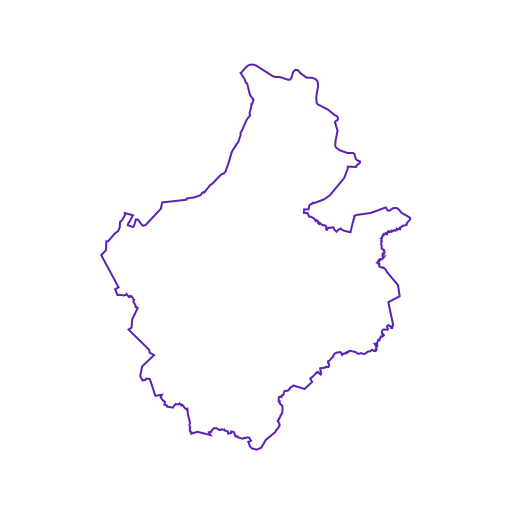 Līgatnes pag., Ligatnes, Latvia, rotated 65°
{"feature_id": "27541924B81159973415171", "entity_name": "Līgatnes pag.", "entity_type": "district", "adm_level": 2, "iso_a3": "LVA", "parent_name": "Latvia", "parent_adm1": "Ligatnes", "projection": "mercator", "projection_center": [25.09, 57.19], "detail": "fine", "context": "isolated", "style": "outline", "palette": "violet", "viewbox_px": 512, "rotation_deg": 65, "n_neighbors": 0, "source": "geoboundaries", "source_scale": "gbopen_adm2", "svg_char_len": 6154}
<svg xmlns="http://www.w3.org/2000/svg" viewBox="0 0 512 512"><g transform="rotate(65 256 256)"><path d="M397.1,268.1L393.8,258.4L390.2,258.7L389.8,258.3L389.3,255.6L387.0,249.6L387.8,249.2L387.6,248.8L390.8,247.5L390.1,246.6L384.9,245.4L385.0,244.5L385.9,242.7L385.8,242.0L386.3,240.9L386.0,240.1L386.0,239.1L386.8,238.7L387.2,237.3L386.4,236.8L386.2,236.1L384.3,235.5L383.1,235.9L381.9,235.1L381.8,233.5L380.1,229.9L380.0,228.7L378.9,228.0L377.6,225.7L377.8,224.4L377.6,224.0L378.6,220.3L379.5,219.8L381.3,219.9L381.4,219.2L381.9,219.3L381.4,218.1L382.0,216.7L381.6,216.1L382.3,215.4L382.0,214.8L382.2,214.1L381.5,213.8L382.0,212.9L381.5,211.9L381.8,210.6L385.3,206.2L387.6,205.0L388.2,203.9L388.4,201.9L390.5,199.5L390.7,198.4L389.9,194.8L390.7,192.6L390.0,191.0L390.2,190.3L391.7,189.4L391.9,188.6L392.5,188.4L392.5,187.2L391.7,187.0L391.9,186.8L391.6,186.2L389.3,185.6L389.4,185.2L388.9,184.2L388.4,183.8L388.1,184.1L388.2,184.9L387.2,185.5L386.8,185.5L387.0,184.8L386.8,184.3L385.9,184.9L386.1,184.1L386.6,183.5L383.6,180.6L384.5,179.8L383.5,179.2L383.4,178.6L381.8,177.1L382.4,176.4L382.0,173.7L381.5,173.6L381.1,174.7L380.3,173.9L379.7,174.5L378.1,174.1L377.0,173.1L376.5,171.6L378.3,168.0L377.9,167.3L375.1,167.0L374.6,165.2L377.0,163.7L378.4,163.9L378.9,163.1L378.8,162.7L376.8,161.7L376.7,160.9L353.8,155.6L353.2,142.8L342.4,139.6L326.2,144.0L322.6,144.4L320.4,145.4L320.1,146.4L319.5,146.5L319.3,147.4L317.2,148.7L316.1,147.9L313.9,148.9L314.3,147.8L312.8,148.1L312.6,147.7L313.0,147.1L312.5,146.5L312.6,146.0L312.3,145.7L311.6,146.6L311.3,146.4L311.5,145.6L311.3,144.8L312.1,144.0L312.0,142.3L311.4,141.9L311.5,141.1L311.1,141.0L310.6,139.9L310.3,140.8L310.6,141.6L309.6,141.5L307.2,140.0L307.4,139.6L308.2,139.9L308.2,138.9L306.1,137.6L305.0,137.9L304.5,137.5L302.8,138.8L301.9,138.9L300.3,137.9L298.1,137.7L296.3,136.1L295.4,136.4L295.1,135.6L294.2,135.5L293.4,134.6L292.8,135.1L291.9,133.3L290.9,132.5L291.3,131.8L290.2,131.1L290.5,130.9L290.2,130.5L290.1,129.4L291.2,129.0L291.7,128.2L290.3,128.0L290.3,127.3L289.6,126.3L289.9,125.4L290.8,125.3L290.7,124.7L290.0,124.5L291.2,123.2L290.5,122.3L291.2,122.0L291.0,121.4L291.4,120.1L291.1,119.8L291.6,119.4L292.2,117.6L291.2,117.1L291.5,117.0L291.5,115.1L292.3,114.9L292.7,114.1L291.1,113.3L291.0,111.7L290.5,110.2L291.3,108.5L291.1,107.2L291.4,106.3L289.9,105.3L288.3,101.5L287.8,100.6L287.0,100.3L285.8,100.6L278.0,106.1L274.8,106.7L272.6,107.7L271.5,108.9L270.6,111.5L271.3,115.1L271.2,115.9L270.6,117.2L270.0,117.6L266.8,117.9L265.5,133.8L261.2,147.9L261.4,150.3L263.4,150.9L264.3,152.5L266.0,153.3L266.6,154.2L274.4,160.3L270.6,165.2L267.7,167.6L266.9,167.6L267.0,170.0L268.0,172.8L264.4,174.0L263.5,173.6L262.4,174.1L262.0,175.8L262.1,176.9L261.4,177.3L261.1,178.3L261.4,179.4L262.3,180.6L262.2,181.0L260.6,180.9L260.2,180.1L258.0,180.0L256.7,181.5L256.2,182.7L253.4,184.0L253.8,185.2L252.6,185.8L251.6,184.9L249.2,185.9L249.7,187.0L246.8,187.4L243.6,189.6L242.9,191.2L239.0,191.0L237.2,194.4L234.1,192.7L236.0,188.7L233.0,186.6L232.1,184.9L232.5,183.5L232.0,182.9L232.1,182.1L231.8,181.6L232.7,180.5L233.4,170.5L232.3,163.6L222.6,143.1L215.8,136.1L213.8,135.0L217.6,127.6L216.6,126.6L215.9,124.6L215.7,122.8L214.4,121.7L212.3,123.7L210.5,124.5L205.1,123.7L203.7,124.5L201.4,129.4L195.8,135.3L191.4,137.7L189.5,137.6L185.1,135.1L176.8,129.1L168.0,127.9L167.4,126.6L167.3,124.8L166.5,123.8L164.8,123.3L163.4,123.6L161.5,125.2L153.6,129.0L144.6,136.0L142.6,136.3L138.1,134.5L134.6,132.4L128.9,128.3L126.1,127.0L123.3,126.5L121.1,127.1L118.1,130.0L116.1,134.2L114.9,135.3L109.2,138.4L105.4,139.4L103.9,141.7L105.1,144.7L109.4,148.5L110.5,150.5L110.0,152.2L103.8,158.9L102.0,162.7L100.4,164.6L83.5,175.4L81.8,176.9L80.1,180.5L80.0,182.7L80.3,183.9L81.3,186.8L83.6,191.9L83.6,192.5L91.0,191.6L94.7,191.9L96.1,191.1L105.6,193.1L108.5,193.3L113.3,192.2L117.2,196.0L116.9,196.3L117.7,196.5L124.0,201.6L125.9,201.8L128.7,207.0L136.0,215.3L137.8,218.0L139.7,218.7L145.3,224.0L147.0,227.6L147.5,227.7L149.7,231.5L151.7,234.2L160.4,241.8L166.7,248.1L167.7,250.7L167.4,252.8L168.1,255.1L172.0,264.9L172.3,267.5L176.7,276.3L175.9,276.6L176.0,278.0L177.5,280.4L176.7,287.5L174.6,294.4L175.6,295.2L167.8,318.5L173.0,322.3L181.3,343.0L180.6,346.0L173.0,347.7L172.1,349.3L177.8,354.5L177.6,355.4L173.9,359.2L172.1,357.6L171.7,356.4L167.1,350.3L161.6,356.7L163.5,357.5L167.1,362.5L167.7,364.9L172.3,367.3L175.0,370.2L176.2,375.1L180.2,383.7L179.4,385.4L187.4,389.6L189.8,395.9L226.3,393.8L226.6,397.7L232.8,398.1L233.7,395.8L236.1,392.1L236.3,389.8L235.9,389.4L239.5,388.5L239.8,388.0L239.6,387.4L239.0,386.9L239.9,385.7L243.1,385.5L244.3,385.0L245.4,386.4L249.2,386.0L251.4,386.7L252.3,385.4L253.1,385.2L261.1,395.0L268.3,399.0L268.8,402.6L295.3,392.7L296.3,392.5L298.5,393.3L302.7,390.3L308.0,405.9L315.9,411.7L317.5,411.7L320.9,411.5L321.0,409.8L321.8,408.8L320.7,407.3L322.5,404.2L340.2,406.3L342.0,399.9L343.7,402.1L347.9,401.4L348.2,400.8L350.2,400.2L352.0,401.9L353.9,399.9L354.9,400.3L358.3,395.4L357.5,394.4L356.2,391.4L357.7,389.3L357.3,387.6L359.9,386.9L359.4,386.0L360.5,385.3L363.2,385.0L365.5,383.8L365.4,382.8L370.8,384.6L379.4,386.3L380.9,387.7L382.9,388.2L383.5,388.0L384.4,389.0L386.2,389.2L386.5,389.9L387.8,389.8L388.6,389.0L389.7,389.7L390.6,383.3L399.1,372.9L395.8,373.2L395.9,371.8L396.5,371.0L394.9,368.8L394.3,366.7L395.6,364.4L398.1,362.8L398.5,362.1L398.3,360.9L399.8,358.9L399.8,358.1L401.0,358.0L403.2,355.7L405.1,356.4L406.0,353.6L404.5,352.6L406.4,350.4L410.5,350.9L411.5,349.2L412.2,349.5L414.4,347.1L415.9,345.4L415.9,343.3L416.5,343.0L416.6,340.8L417.7,339.0L421.2,338.5L421.5,339.9L421.1,341.5L425.8,341.9L428.5,341.1L431.7,337.4L432.0,332.4L426.8,324.8L423.7,312.9L422.3,311.2L421.6,309.4L419.9,306.6L419.2,305.9L418.4,306.2L417.5,305.6L414.5,306.1L413.9,304.3L413.3,304.3L412.7,303.6L412.4,302.4L410.7,301.0L410.5,300.1L408.6,298.1L404.6,296.0L402.7,295.5L399.9,296.8L399.0,296.4L397.5,296.9L397.3,295.9L396.6,296.3L394.5,295.7L393.5,294.5L393.5,293.9L394.6,292.5L393.5,292.0L393.3,291.5L393.6,290.3L393.3,289.9L390.4,287.2L391.6,284.1L390.9,282.9L391.0,281.8L389.7,280.7L389.7,278.4L389.1,277.0L397.1,268.1Z" fill="none" stroke="#5b21b6" stroke-width="2"/></g></svg>